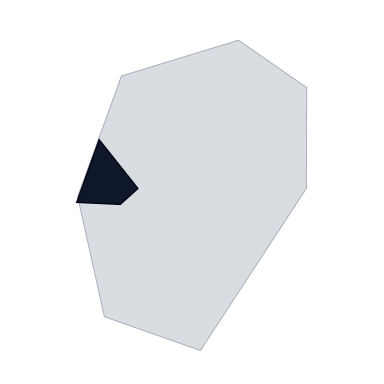 where Denigomodu sits in Nauru, rotated 7°
{"feature_id": "NRU-4973", "entity_name": "Denigomodu", "entity_type": "state/province", "adm_level": 1, "iso_a3": "NRU", "parent_name": "Nauru", "parent_adm1": "", "projection": "natural_earth1", "projection_center": [166.912, -0.518], "detail": "fine", "context": "in_parent", "style": "filled", "palette": "ink", "viewbox_px": 384, "rotation_deg": 7, "n_neighbors": 0, "source": "natural_earth", "source_scale": "10m", "svg_char_len": 380}
<svg xmlns="http://www.w3.org/2000/svg" viewBox="0 0 384 384"><g transform="rotate(7 192 192)"><path d="M305.1,174.4L219.6,348.3L120.3,326.5L79.1,210.6L107.9,85.4L219.6,35.7L293.1,74.4L305.1,174.4Z" fill="#d9dde1" stroke="#a8b0b8" stroke-width="1"/><path d="M78.9,216.3L93.5,151.5L137.8,195.1L122.3,213.0L78.9,216.3Z" fill="#0f172a" stroke="#020617" stroke-width="1.5"/></g></svg>